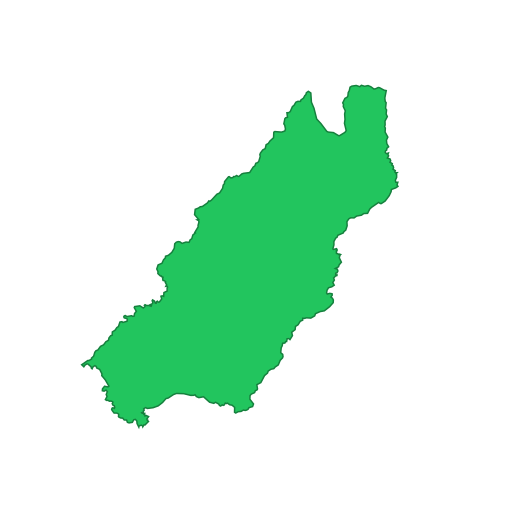 the district of Santi Suk, Nan, Thailand, rotated 302°
{"feature_id": "78962969B68845226908078", "entity_name": "Santi Suk", "entity_type": "district", "adm_level": 2, "iso_a3": "THA", "parent_name": "Thailand", "parent_adm1": "Nan", "projection": "albers", "projection_center": [100.939, 18.92], "detail": "fine", "context": "isolated", "style": "filled", "palette": "green", "viewbox_px": 512, "rotation_deg": 302, "n_neighbors": 0, "source": "geoboundaries", "source_scale": "gbopen_adm2", "svg_char_len": 6069}
<svg xmlns="http://www.w3.org/2000/svg" viewBox="0 0 512 512"><g transform="rotate(302 256 256)"><path d="M370.4,205.5L365.6,208.2L361.0,206.9L357.9,206.8L355.8,205.6L351.9,206.9L349.6,205.5L345.5,205.2L343.9,205.6L342.8,206.8L337.7,208.2L336.1,207.9L334.5,206.7L331.8,207.3L330.0,206.5L323.4,206.4L319.6,201.7L318.2,200.5L314.5,199.4L314.0,198.6L314.0,196.9L312.1,196.0L311.5,194.9L310.2,194.8L308.9,193.3L309.1,191.2L308.6,190.7L302.5,189.9L300.6,190.9L298.8,190.6L295.7,191.8L290.1,191.7L287.7,190.1L279.7,188.6L277.9,187.8L277.8,186.8L275.3,186.7L269.6,184.3L268.2,182.6L266.2,181.8L263.4,179.7L258.5,182.0L256.6,188.0L255.5,186.9L255.6,188.6L254.6,189.6L251.3,190.6L250.1,191.5L244.0,191.6L243.5,192.3L243.1,191.7L242.3,192.0L240.4,191.3L236.5,192.4L234.9,191.6L232.1,192.0L230.7,189.2L227.5,186.6L227.7,184.0L227.0,182.4L225.5,181.1L223.3,180.6L219.2,182.6L214.5,182.7L210.1,181.3L207.9,179.4L206.3,180.1L203.8,179.6L200.0,180.1L196.6,177.7L192.4,178.7L190.8,181.2L189.1,182.1L188.4,185.6L188.9,186.2L188.4,187.3L188.7,188.4L187.2,188.9L186.0,190.1L186.5,191.5L186.2,193.1L185.5,193.1L184.2,195.5L182.6,195.6L183.3,196.3L182.8,197.5L181.9,197.5L179.2,199.2L176.2,197.3L172.8,199.1L172.5,197.5L171.5,196.7L169.6,198.8L165.7,198.4L165.1,197.7L165.4,196.2L164.5,195.9L163.0,196.4L162.6,195.7L164.0,193.8L164.0,191.6L163.1,191.6L161.9,193.1L160.8,193.5L158.7,192.1L158.6,193.6L157.8,193.7L157.2,191.2L156.1,189.6L155.9,187.7L155.1,187.5L155.1,188.3L154.2,188.6L152.2,188.0L152.2,183.9L148.8,179.9L147.7,180.1L145.7,183.8L142.8,183.5L140.4,184.5L139.4,183.3L139.5,182.2L136.3,178.7L136.2,176.6L135.3,176.0L134.3,176.1L133.7,177.1L134.4,179.4L134.2,180.4L132.3,181.2L129.1,178.3L129.3,177.1L127.9,175.6L123.3,176.7L121.5,175.9L118.4,175.8L115.5,174.4L112.6,176.0L111.4,175.0L108.7,174.7L106.3,175.5L103.7,174.1L99.9,173.8L97.0,172.0L92.5,171.7L90.9,170.5L89.0,170.3L85.0,171.4L82.2,170.6L81.4,171.2L78.9,169.7L78.2,168.7L71.4,165.8L70.8,168.7L72.9,168.8L74.9,169.8L75.3,170.6L74.7,174.7L73.6,175.9L73.5,176.8L75.5,176.5L77.6,177.4L77.7,178.9L76.6,180.3L77.0,183.5L74.4,187.8L72.8,188.6L71.1,193.8L67.7,200.2L66.5,199.8L65.3,196.6L62.0,196.2L60.3,197.1L60.9,198.8L62.8,199.9L62.2,201.8L59.1,202.4L58.0,204.1L54.4,204.4L54.4,205.9L55.1,206.7L55.2,208.7L56.1,209.8L56.5,211.6L55.8,212.3L54.6,212.3L53.7,213.7L53.9,215.2L52.5,216.6L51.6,216.6L51.5,215.1L50.8,214.6L49.5,214.8L48.8,215.8L47.6,218.9L49.0,221.1L49.2,222.6L49.0,223.5L47.0,224.4L46.7,225.2L47.0,227.3L47.9,228.9L47.1,231.1L48.3,233.2L46.8,235.1L47.2,236.8L49.4,239.3L52.3,239.1L53.5,240.2L53.0,242.3L50.9,243.9L48.8,247.3L50.0,246.9L51.8,248.4L51.8,249.9L51.2,250.5L53.5,250.5L53.9,251.4L58.7,252.5L58.9,251.4L59.4,251.2L59.2,250.6L60.1,249.8L62.9,250.0L62.5,247.2L61.6,246.7L62.3,246.2L62.2,245.0L63.5,245.0L62.3,242.7L62.5,242.1L63.9,243.2L65.1,242.6L65.9,242.9L67.0,241.7L69.0,242.8L69.1,244.6L72.8,249.1L77.1,252.5L82.3,254.4L87.4,255.2L89.0,256.8L94.9,259.5L97.3,261.4L101.0,267.8L103.2,274.5L104.9,277.1L106.0,277.8L105.2,279.9L105.6,282.6L108.8,286.1L107.4,294.1L108.7,298.3L110.5,299.2L110.7,302.9L109.9,304.2L110.0,305.5L111.9,306.3L111.9,307.3L112.8,308.0L115.0,307.9L115.2,309.1L116.1,309.8L115.9,312.5L116.8,314.7L116.3,318.1L112.1,320.6L112.1,322.0L114.4,323.3L116.3,325.7L118.7,327.0L119.3,328.7L120.5,329.8L121.8,330.5L123.6,330.4L126.5,332.9L129.2,332.3L131.3,326.7L134.5,324.9L136.4,325.2L139.4,327.2L141.3,326.8L143.2,327.9L144.1,327.7L147.3,324.9L151.2,327.2L159.1,326.6L162.8,327.8L164.8,327.3L167.9,328.7L169.9,330.8L172.1,331.1L175.4,332.6L180.4,331.8L183.6,332.5L185.0,332.2L186.7,330.8L187.1,328.2L191.6,326.0L193.8,325.8L196.1,324.8L197.5,326.6L199.1,326.5L199.7,327.3L202.3,326.2L203.4,327.7L203.1,329.1L207.8,329.1L210.2,326.7L214.3,328.2L217.2,326.8L219.9,328.1L224.1,328.1L226.3,329.6L227.9,328.6L228.8,330.2L230.3,331.5L232.4,335.4L236.3,337.5L238.6,337.0L242.9,339.9L245.7,343.0L252.0,345.3L257.3,346.2L259.7,344.9L260.7,343.2L260.9,341.3L263.2,341.4L264.3,340.5L263.4,338.3L261.5,336.6L262.0,335.5L264.5,334.4L267.5,334.3L270.0,336.6L272.7,337.8L274.2,335.2L277.1,335.2L278.5,333.5L281.1,334.0L282.3,335.0L282.9,334.7L282.3,333.7L283.0,333.0L283.9,332.8L284.6,333.6L286.7,333.4L287.9,332.0L287.4,329.9L290.6,331.7L292.5,331.2L296.0,331.7L298.6,327.6L301.1,326.8L302.1,327.0L301.8,325.7L301.1,325.4L301.3,324.2L300.8,322.9L302.8,321.5L303.4,321.9L303.7,321.2L304.3,321.4L304.9,320.4L302.6,318.2L302.7,317.4L306.7,316.2L309.5,314.4L313.4,314.1L314.9,314.8L316.9,314.4L321.8,317.8L323.2,317.6L325.5,318.4L329.9,317.3L333.3,314.9L336.6,315.0L338.5,316.0L340.3,319.0L343.2,320.2L346.5,323.8L349.1,324.9L351.3,328.0L356.1,327.6L358.5,328.2L366.4,331.6L366.4,333.7L366.9,334.5L371.0,336.4L377.8,337.0L382.1,336.5L384.2,335.6L387.8,338.4L390.3,339.5L391.0,337.9L393.7,337.2L392.6,335.5L394.1,334.0L397.2,333.6L399.6,332.1L399.9,331.2L401.4,331.5L400.7,330.4L400.8,329.1L402.2,328.9L402.2,326.2L403.8,325.9L405.2,324.3L405.1,323.0L406.6,322.6L406.5,319.9L408.1,319.8L409.3,318.4L408.7,315.5L411.2,315.4L411.9,314.1L413.5,313.7L411.9,312.4L412.3,310.7L413.8,310.1L415.1,310.7L416.6,309.9L418.9,310.6L420.6,307.4L423.4,305.2L426.7,304.8L429.5,299.8L433.0,297.9L434.0,296.4L435.5,296.1L438.8,293.9L443.8,293.5L445.4,291.1L449.1,289.3L449.9,287.6L455.0,285.1L455.5,283.7L458.3,281.5L465.3,278.8L464.5,276.7L464.2,271.6L463.7,270.4L461.2,268.8L460.1,267.5L460.4,263.8L459.9,260.7L457.5,258.2L456.6,254.9L454.6,254.3L453.7,250.6L450.8,247.2L449.0,246.3L445.6,247.5L443.5,247.6L440.2,249.2L438.9,249.1L436.8,247.9L431.8,248.4L431.0,249.8L429.0,250.8L426.4,254.8L423.4,255.9L419.0,259.1L415.4,260.7L410.2,266.0L408.0,265.9L402.2,263.0L401.8,262.1L401.7,256.3L399.4,251.6L399.2,250.0L402.7,240.9L404.3,234.9L412.0,226.9L415.8,221.5L423.3,216.1L423.4,213.1L421.1,212.2L419.3,212.8L417.8,212.4L415.0,212.6L412.1,211.4L410.7,211.8L409.3,209.5L407.5,208.3L403.8,208.4L402.1,207.7L396.6,208.5L394.8,207.7L393.9,206.3L390.3,209.2L388.9,207.9L387.8,207.7L382.8,209.6L382.1,211.1L379.3,213.7L377.3,214.2L374.6,212.0L371.5,206.0L370.4,205.5Z" fill="#22c55e" stroke="#15803d" stroke-width="1.5"/></g></svg>